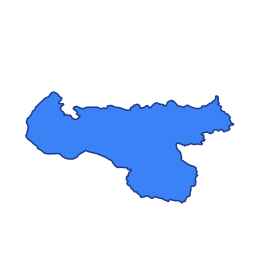 an SVG outline of Sachsen, rotated 200°
{"feature_id": "DEU-1601", "entity_name": "Sachsen", "entity_type": "State", "adm_level": 1, "iso_a3": "DEU", "parent_name": "Germany", "parent_adm1": "", "projection": "natural_earth1", "projection_center": [12.997, 50.915], "detail": "fine", "context": "isolated", "style": "filled", "palette": "blue", "viewbox_px": 256, "rotation_deg": 200, "n_neighbors": 0, "source": "natural_earth", "source_scale": "10m", "svg_char_len": 5692}
<svg xmlns="http://www.w3.org/2000/svg" viewBox="0 0 256 256"><g transform="rotate(200 128 128)"><path d="M186.9,120.1L186.3,120.1L185.6,119.8L184.8,118.9L184.4,118.5L182.0,117.9L180.0,118.2L178.5,119.4L177.7,121.7L177.0,122.5L177.7,122.9L179.8,123.1L181.1,123.5L180.5,124.0L180.4,124.8L182.0,126.1L184.3,126.7L186.0,127.5L185.6,129.5L183.8,130.7L178.9,130.4L176.6,130.8L176.0,131.3L174.8,132.7L174.1,133.3L164.3,136.9L163.1,137.0L160.8,136.8L159.6,137.0L158.9,137.4L158.0,138.4L157.3,138.8L156.5,138.8L155.9,138.7L155.4,138.7L154.8,139.3L154.5,140.1L154.8,141.3L154.8,141.7L154.3,142.2L153.6,142.3L151.8,143.3L150.6,143.5L147.8,143.2L146.4,143.3L144.0,144.0L142.8,144.2L137.2,144.2L134.3,144.6L131.8,145.9L132.5,147.1L132.3,148.2L131.4,149.1L130.4,149.7L130.7,150.4L130.7,150.9L130.3,151.2L129.7,151.5L128.6,152.6L127.5,153.4L126.4,153.6L125.0,153.1L124.6,152.7L123.7,151.5L123.3,151.1L122.6,150.9L122.4,151.0L122.4,151.3L122.0,151.6L119.6,153.0L119.3,153.5L118.6,155.1L117.3,155.7L116.3,155.3L115.2,154.7L114.0,154.6L111.9,159.2L111.0,160.5L109.5,161.5L106.2,161.3L104.4,161.8L103.2,162.0L102.1,161.8L101.6,161.5L101.1,161.4L100.6,161.5L100.0,161.8L99.6,165.1L99.2,166.5L98.3,167.4L96.4,168.9L94.3,168.8L88.5,165.9L88.0,165.8L87.4,165.9L86.1,166.5L85.0,166.4L84.0,166.4L83.0,166.7L82.2,167.4L80.8,169.1L80.1,169.7L79.2,169.8L75.9,169.3L71.2,169.5L68.6,170.2L66.4,171.7L65.9,172.9L66.0,173.6L65.9,173.9L64.9,174.1L64.1,174.7L62.3,175.5L61.6,176.1L59.6,179.0L58.9,179.6L58.2,180.0L57.7,180.6L57.5,181.9L56.3,183.2L55.9,184.0L55.7,185.4L55.9,186.4L56.3,187.2L56.3,188.0L55.4,188.5L54.3,188.4L53.7,187.6L52.9,185.3L52.8,184.5L52.5,183.9L51.0,182.5L50.9,182.4L51.0,182.2L51.5,181.9L51.8,181.4L51.8,181.1L51.6,180.8L51.2,180.6L49.3,180.5L48.4,180.3L47.7,179.8L47.5,179.2L47.5,177.8L47.1,177.1L45.9,176.3L42.9,176.2L42.4,175.5L40.7,175.0L39.8,175.1L39.3,175.1L36.5,173.6L35.9,173.3L35.7,173.1L35.4,171.6L35.5,171.2L35.6,170.8L35.4,170.4L34.1,169.7L32.9,168.1L32.3,167.9L30.6,168.0L30.1,167.4L30.1,167.1L30.3,166.9L30.7,166.6L31.3,166.3L32.3,166.0L32.5,165.9L32.6,165.6L32.7,165.0L33.2,164.6L33.3,164.3L33.3,163.5L33.2,163.2L32.2,162.5L32.0,162.2L32.0,161.8L32.1,161.4L32.5,160.7L33.2,159.9L34.6,159.0L35.5,158.2L36.0,157.5L36.7,157.4L37.3,157.5L37.8,157.7L38.3,158.3L38.6,158.6L39.1,158.7L39.7,158.7L40.3,158.2L41.7,156.3L42.7,156.1L43.2,156.3L43.8,156.6L44.1,156.6L45.8,156.2L46.3,155.7L46.7,154.5L46.6,152.9L48.4,151.1L48.7,151.0L49.8,151.0L51.0,151.2L52.5,151.1L52.9,150.9L54.9,149.7L55.6,149.1L56.9,147.3L56.3,147.0L54.9,147.1L54.2,146.8L53.8,146.2L53.4,145.1L53.7,144.0L53.6,143.7L53.2,143.4L52.9,143.3L51.8,143.4L51.8,143.1L51.9,142.7L52.3,141.7L53.0,141.3L53.4,141.3L53.8,141.2L54.8,140.1L54.8,139.9L54.6,139.6L53.6,139.3L52.8,138.6L52.9,137.7L57.5,136.6L58.0,136.4L60.0,135.1L62.2,134.8L62.9,135.1L63.3,135.2L64.5,133.8L65.8,132.6L68.3,131.4L68.5,131.3L68.6,130.6L69.8,131.0L71.2,130.9L73.2,131.1L74.2,130.9L74.5,131.0L74.9,131.5L75.0,131.5L75.5,131.1L76.3,130.2L77.3,129.7L77.3,129.1L76.0,126.8L74.5,124.9L72.7,124.1L71.0,123.4L70.1,122.7L69.5,121.5L67.6,118.8L67.1,116.4L57.4,114.1L53.4,114.4L50.8,114.0L50.5,113.8L50.3,113.5L50.1,112.9L50.2,112.5L50.1,112.2L49.8,111.9L48.7,111.1L48.1,110.2L48.4,108.0L46.5,107.5L46.4,106.9L47.1,106.2L47.4,105.3L47.2,103.0L47.0,102.2L45.8,100.9L45.7,99.2L45.3,98.3L45.2,97.8L45.5,96.9L46.1,96.0L46.8,95.5L47.7,95.5L48.2,95.3L48.3,95.1L48.6,94.2L48.6,93.6L48.5,93.0L47.8,91.7L47.6,91.1L47.6,89.8L47.4,88.0L46.9,87.0L46.9,85.9L46.7,85.4L46.8,85.2L47.8,84.5L48.3,83.8L48.9,83.5L49.2,82.5L49.2,78.8L51.0,77.6L51.2,77.2L51.4,76.4L51.7,76.1L53.7,76.8L55.6,77.0L56.1,76.9L59.3,75.7L63.9,75.3L64.2,75.2L64.4,74.8L64.7,73.0L65.3,72.8L70.3,73.0L71.0,73.4L77.1,72.6L77.3,72.7L77.6,73.0L77.9,73.1L78.3,73.0L79.2,72.5L79.6,72.1L80.8,70.5L81.7,70.1L84.0,70.3L85.8,71.0L87.0,70.5L90.3,68.3L90.8,67.7L92.6,67.5L93.3,68.7L94.1,69.1L95.0,69.4L95.8,69.5L97.2,70.1L98.0,70.9L98.8,70.8L99.2,70.5L100.0,70.2L100.4,70.3L100.9,70.6L102.2,71.7L104.0,72.1L105.7,73.8L106.6,74.3L107.1,74.5L107.8,74.2L108.0,74.2L109.8,75.2L110.0,75.5L110.1,75.8L110.0,76.4L109.8,77.0L109.7,77.5L110.4,78.2L111.7,78.8L112.1,79.7L112.6,81.4L112.6,81.8L112.4,82.2L111.5,82.7L111.2,83.0L111.4,83.5L111.8,83.8L111.9,84.5L111.8,85.3L111.8,86.5L111.5,87.3L111.2,87.7L110.5,88.2L110.3,88.6L110.4,89.4L110.8,90.1L111.1,90.3L112.1,89.3L112.8,89.4L113.1,88.9L113.9,89.0L114.4,89.2L115.2,90.3L122.1,88.4L123.0,88.0L123.6,87.5L124.3,87.4L125.1,87.4L128.0,88.5L128.9,89.2L129.4,89.6L130.1,89.9L131.0,90.5L132.0,91.7L132.8,92.0L134.1,91.8L134.9,91.9L137.8,92.7L147.3,93.3L158.1,92.2L159.2,92.4L159.4,92.5L160.1,92.4L161.1,90.9L164.6,86.9L165.6,85.0L165.7,83.8L166.0,83.2L168.5,80.6L169.2,80.1L171.7,79.0L175.6,78.2L178.6,78.5L180.9,79.2L183.0,80.3L185.4,79.9L193.6,76.6L196.3,75.9L197.6,75.9L199.0,76.1L200.5,76.8L203.2,77.7L205.9,77.8L206.2,78.7L207.5,79.8L211.6,80.9L213.0,81.7L214.4,82.3L217.3,83.0L218.7,83.6L219.7,84.2L220.9,85.2L221.5,86.3L221.0,87.3L221.7,92.8L222.0,94.3L222.1,94.8L223.3,96.5L224.7,97.8L225.7,99.4L225.4,101.7L225.9,102.2L224.8,103.8L224.0,106.0L223.5,108.2L223.4,110.2L223.3,111.3L222.9,111.8L222.4,112.2L222.1,112.7L222.0,113.5L222.0,115.1L221.8,116.0L219.1,121.7L216.0,127.8L213.8,129.8L212.9,131.0L212.9,132.5L211.9,134.6L211.3,135.5L210.7,136.1L209.7,136.3L208.3,136.3L206.0,135.9L203.6,134.4L202.7,134.0L200.5,133.5L200.2,132.9L200.4,131.5L201.5,129.4L201.8,128.4L201.5,127.5L200.7,127.5L197.3,128.6L196.6,128.2L196.9,127.2L197.6,126.0L198.1,125.1L198.2,123.9L198.0,123.1L197.5,122.4L196.8,121.7L196.0,121.2L194.3,120.9L193.5,120.4L192.9,119.8L192.6,118.8L192.2,118.1L191.7,119.2L191.0,119.5L188.7,119.4L186.9,120.1Z" fill="#3b82f6" stroke="#1e3a8a" stroke-width="1.5"/></g></svg>